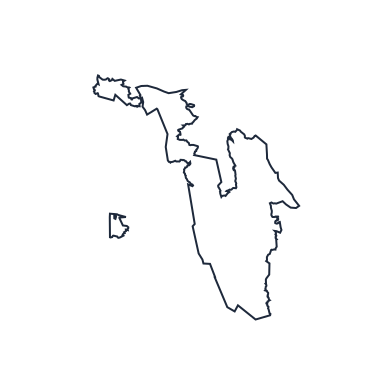 the district of Silacayoápam, Oaxaca, Mexico, rotated 337°
{"feature_id": "50627088B16315495781471", "entity_name": "Silacayoápam", "entity_type": "district", "adm_level": 2, "iso_a3": "MEX", "parent_name": "Mexico", "parent_adm1": "Oaxaca", "projection": "natural_earth1", "projection_center": [-98.148, 17.589], "detail": "fine", "context": "isolated", "style": "outline", "palette": "slate", "viewbox_px": 384, "rotation_deg": 337, "n_neighbors": 0, "source": "geoboundaries", "source_scale": "gbopen_adm2", "svg_char_len": 6067}
<svg xmlns="http://www.w3.org/2000/svg" viewBox="0 0 384 384"><g transform="rotate(337 192 192)"><path d="M179.6,279.3L179.5,311.8L184.6,318.6L190.0,314.3L200.7,334.2L215.7,336.0L216.0,335.7L215.8,335.4L216.5,334.7L216.0,333.8L216.7,329.8L216.5,328.9L217.5,327.7L217.2,327.1L217.2,326.3L216.9,326.0L217.6,324.3L217.4,324.1L217.5,323.9L217.0,323.8L217.0,323.5L217.7,323.4L217.8,323.0L218.7,322.9L218.9,322.3L221.2,322.0L220.9,321.6L220.9,320.1L221.2,319.7L220.6,317.9L220.8,317.5L221.3,317.4L221.3,316.5L222.2,315.7L222.7,314.5L222.2,313.2L222.3,312.2L222.0,311.8L221.7,311.9L220.9,311.2L221.4,311.0L221.3,310.7L221.8,310.2L221.8,309.6L222.3,309.1L222.8,308.1L223.8,307.5L224.1,306.7L223.8,305.1L224.4,305.1L225.7,301.6L226.5,300.7L230.8,298.2L235.4,288.0L233.3,284.6L234.4,284.0L235.5,281.2L237.6,279.5L239.4,279.4L242.2,276.3L242.6,276.2L243.4,276.7L245.0,276.9L246.3,277.6L246.8,276.7L248.6,275.4L250.9,268.7L251.5,268.7L251.0,267.2L251.4,266.7L251.3,266.1L252.5,265.3L252.6,264.4L252.3,264.4L252.2,263.6L253.2,262.8L253.4,261.2L253.0,260.2L254.5,261.1L257.2,263.9L259.5,261.9L259.8,259.1L261.1,253.9L260.4,253.8L259.8,254.3L259.3,253.9L258.6,254.4L257.6,254.2L256.5,253.2L256.8,252.1L257.7,251.3L258.4,251.4L259.7,250.6L260.1,251.3L260.5,251.2L260.9,250.1L260.1,248.7L261.6,248.4L261.6,248.2L259.2,247.2L257.9,247.2L256.3,246.4L256.0,244.6L256.4,243.3L257.2,242.4L258.1,240.6L258.5,237.4L259.2,235.6L259.3,232.8L261.0,232.7L262.4,234.4L263.9,234.8L265.0,235.6L271.8,235.9L273.7,240.2L276.7,244.9L281.5,247.4L285.2,246.6L283.0,238.6L283.1,233.9L280.8,227.2L279.3,221.2L276.6,215.5L276.6,212.8L278.5,207.6L276.2,207.0L274.8,200.4L274.4,196.7L274.4,192.0L274.1,190.7L275.7,186.7L279.1,177.2L272.9,165.3L272.7,165.5L272.1,164.9L271.6,164.9L269.9,166.0L267.4,166.4L265.1,164.6L264.4,164.3L263.8,164.5L262.1,162.8L262.0,162.2L262.6,161.1L262.6,159.4L260.5,155.6L260.2,154.2L258.1,151.9L257.8,152.4L255.3,153.5L254.3,152.7L252.2,152.4L249.4,153.4L249.7,154.2L248.4,155.4L249.0,156.5L248.9,157.2L249.4,158.4L249.7,160.5L249.5,161.3L248.9,159.7L248.2,158.8L247.7,158.6L247.4,157.7L247.3,156.4L246.9,155.7L246.1,156.4L245.9,157.5L244.4,159.0L243.6,161.7L243.4,164.2L242.4,166.3L241.8,166.7L242.0,171.0L241.0,172.9L240.9,174.9L241.7,176.4L242.0,177.6L241.7,180.9L242.2,184.8L240.7,184.9L240.6,185.6L239.7,185.4L239.0,186.6L239.0,187.5L239.3,187.3L239.7,187.5L239.9,189.4L238.8,193.2L238.2,193.9L237.6,196.9L236.1,198.8L236.0,199.7L236.2,200.2L236.0,201.6L235.4,202.2L234.7,205.0L233.9,205.7L231.8,204.5L231.3,204.4L229.2,205.2L228.0,204.9L227.6,204.5L226.0,204.7L224.3,204.5L224.1,204.6L226.0,205.8L226.4,206.6L224.3,207.1L221.4,208.7L221.0,208.1L219.3,207.6L218.1,207.4L217.1,208.0L217.4,204.4L217.8,203.6L217.8,202.7L218.7,202.1L218.5,199.0L218.2,198.0L218.4,196.7L218.7,196.2L222.9,194.3L227.0,171.7L208.5,158.9L209.2,158.4L209.2,157.3L210.1,156.8L210.5,155.9L211.9,155.9L212.4,155.2L212.4,154.8L213.6,154.3L214.5,153.6L215.2,152.7L215.2,152.1L211.8,149.3L209.8,148.4L208.9,148.3L208.0,147.7L208.2,145.5L207.3,144.0L207.0,142.3L205.3,141.7L204.5,140.4L203.5,140.3L201.1,139.2L199.6,137.7L200.6,135.9L200.1,135.0L200.8,134.9L201.0,134.6L201.4,134.7L202.7,134.1L203.7,134.8L204.0,134.4L204.5,131.9L203.4,130.6L203.4,129.6L204.0,129.4L208.1,129.7L209.1,129.0L210.2,128.8L210.4,128.2L209.9,127.3L212.0,128.0L212.9,127.1L214.5,127.5L215.6,128.6L216.5,128.4L218.9,129.1L219.5,128.3L220.5,128.1L222.5,126.9L225.1,126.2L226.4,125.3L225.5,124.7L224.8,123.4L223.9,123.1L222.9,121.9L221.7,115.7L221.4,114.8L220.9,114.7L219.9,113.6L219.6,112.2L220.2,111.0L221.4,111.1L222.2,111.5L222.9,112.4L225.3,114.0L227.4,113.8L227.8,113.2L227.8,112.7L225.4,110.7L224.4,110.1L222.7,110.2L221.9,109.9L221.5,108.9L221.8,107.8L221.3,105.6L219.9,104.1L218.9,102.5L218.8,100.9L219.3,100.2L221.0,100.4L221.5,100.0L221.6,99.1L221.2,98.5L220.3,98.2L219.9,97.8L226.3,95.6L222.6,94.4L216.7,93.8L209.1,91.9L205.5,88.6L200.1,82.9L192.5,76.8L186.7,74.6L181.3,74.2L182.4,82.6L181.6,83.0L181.8,84.4L181.5,85.0L179.8,85.3L178.5,83.1L173.9,82.6L172.9,83.4L172.5,83.2L172.4,82.7L172.8,82.0L170.7,80.4L170.9,79.3L171.4,77.7L173.5,77.4L173.1,74.9L173.7,73.6L173.7,72.2L173.9,71.8L175.1,71.4L174.7,71.0L173.8,70.9L172.6,69.3L170.0,67.8L169.0,65.9L171.2,65.7L171.4,63.9L171.8,63.1L172.3,62.9L173.1,63.2L173.5,63.1L170.5,60.7L164.3,59.5L162.9,56.8L161.9,57.7L159.7,57.8L159.3,57.3L159.2,56.6L159.8,55.9L159.2,54.7L158.7,54.3L156.6,54.8L155.1,54.4L153.6,53.6L151.6,50.1L151.7,48.7L151.0,48.0L149.6,49.8L148.8,51.6L148.1,56.3L147.3,55.3L144.6,56.6L144.5,57.3L142.1,57.2L141.9,59.2L142.3,59.6L142.3,60.4L141.1,61.0L141.3,61.8L140.9,62.6L141.6,64.1L143.8,64.2L143.9,64.9L143.4,67.1L143.8,67.7L155.6,77.1L159.4,72.6L166.0,86.6L168.8,86.1L169.7,86.5L169.7,88.1L172.9,90.8L173.9,91.1L174.1,90.9L175.1,91.3L175.0,92.1L176.2,92.0L177.3,92.6L177.9,90.4L180.3,89.8L181.3,86.7L182.8,86.1L182.2,90.2L179.8,94.1L180.8,98.3L180.9,103.2L192.1,101.5L192.5,102.3L192.1,129.1L185.4,140.3L182.1,153.5L182.5,155.2L183.4,155.6L183.6,156.5L184.3,156.3L186.2,156.7L188.8,156.7L189.4,157.7L192.3,159.0L193.4,158.6L194.0,157.9L195.5,158.6L196.1,159.2L196.9,159.3L197.7,160.4L197.9,161.2L198.5,161.4L199.0,163.4L199.2,163.7L200.6,164.2L202.0,163.6L201.6,165.3L201.1,165.7L200.5,165.0L199.7,166.2L198.4,165.7L198.0,165.9L197.6,166.7L196.4,167.1L195.3,166.8L194.9,167.4L193.5,168.1L193.2,169.3L192.1,170.9L192.7,172.2L192.3,173.6L192.7,174.5L192.1,175.4L191.9,176.9L192.3,178.0L192.3,180.0L193.0,181.4L193.6,182.0L194.2,184.3L195.3,185.3L195.5,186.4L194.7,186.8L191.4,183.5L182.0,222.5L179.2,223.8L174.1,251.2L175.2,258.3L174.6,262.3L180.5,265.2L180.0,279.3L179.6,279.3ZM106.5,183.0L98.8,201.6L99.2,202.0L100.9,202.3L102.1,201.4L102.7,201.5L105.8,203.8L105.9,204.9L106.5,205.5L107.9,205.7L111.7,205.4L111.2,204.5L112.4,203.6L113.9,203.6L113.8,202.5L115.9,202.2L116.4,200.8L118.0,202.0L118.2,200.8L119.1,200.5L119.6,199.6L118.7,197.8L115.3,195.8L115.0,187.5L115.2,187.2L121.4,189.2L115.2,184.4L114.4,183.3L113.1,182.6L112.4,185.1L111.0,186.8L110.2,185.9L111.8,181.9L108.0,179.9L106.5,183.0Z" fill="none" stroke="#1e293b" stroke-width="2"/></g></svg>